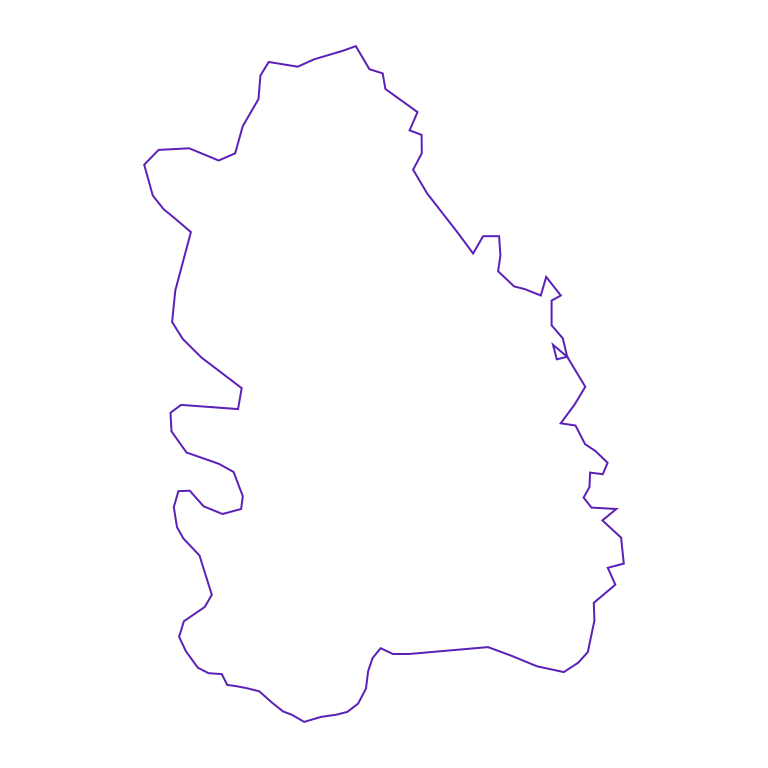 the district of Faxinalzinho, Rio Grande do Sul, Brazil
{"feature_id": "56859067B37112231790828", "entity_name": "Faxinalzinho", "entity_type": "district", "adm_level": 2, "iso_a3": "BRA", "parent_name": "Brazil", "parent_adm1": "Rio Grande do Sul", "projection": "equal_earth", "projection_center": [-52.674, -27.37], "detail": "fine", "context": "isolated", "style": "outline", "palette": "violet", "viewbox_px": 768, "rotation_deg": 0, "n_neighbors": 0, "source": "geoboundaries", "source_scale": "gbopen_adm2", "svg_char_len": 1558}
<svg xmlns="http://www.w3.org/2000/svg" viewBox="0 0 768 768"><path d="M563.8,672.1L578.2,662.7L587.8,652.1L594.4,620.6L593.8,602.8L615.3,584.7L607.8,567.8L623.8,563.6L621.1,537.7L602.4,520.4L616.3,509.0L591.5,507.6L583.6,497.6L589.5,487.0L590.1,472.6L602.8,474.2L607.6,462.8L595.5,451.1L585.1,444.2L575.5,425.5L560.7,423.3L574.5,404.7L585.3,386.8L567.2,356.8L562.8,338.4L551.6,325.3L551.6,300.6L560.8,295.5L546.2,276.9L540.8,295.5L524.7,289.1L514.1,286.4L498.1,271.3L500.4,255.5L499.1,236.2L483.1,236.2L473.1,253.5L458.1,233.2L427.1,193.4L413.1,169.7L421.8,153.3L421.6,134.9L409.6,130.4L417.5,112.1L385.4,89.0L382.7,73.4L369.4,69.2L355.8,46.1L343.7,50.5L314.4,59.2L297.7,66.7L268.7,62.0L260.4,75.6L258.5,99.0L242.7,126.3L235.2,153.3L218.6,160.5L189.2,148.3L158.6,149.9L144.2,164.7L152.8,195.6L163.6,209.2L173.2,217.0L190.9,232.1L175.3,290.5L172.1,322.0L182.8,339.0L201.5,357.6L241.7,388.2L238.0,409.1L181.1,404.9L170.5,412.7L171.5,431.4L186.5,452.5L219.0,463.9L233.6,472.0L242.8,496.2L241.1,509.0L222.4,514.0L203.6,506.3L189.7,490.7L178.4,491.2L173.8,507.1L177.0,527.1L183.4,538.5L199.5,555.5L211.8,594.8L204.7,607.0L183.9,621.2L179.1,636.8L185.9,651.2L197.8,667.7L208.6,673.2L221.8,674.1L227.2,684.9L237.0,686.3L247.4,688.3L259.2,691.3L272.1,702.7L282.8,711.3L292.3,715.0L304.2,721.9L320.9,716.9L336.3,714.7L347.3,711.9L358.1,703.6L366.0,688.5L368.1,671.3L372.5,658.2L380.6,648.2L392.9,654.0L408.9,654.0L488.0,647.1L510.5,655.4L537.0,666.3L563.8,672.1ZM567.2,356.8L556.8,359.3L553.0,344.8L567.2,356.8Z" fill="none" stroke="#5b21b6" stroke-width="2"/></svg>